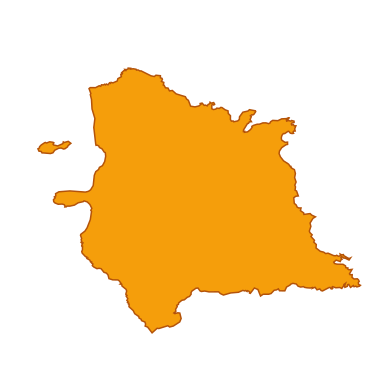 the district of Ende, Nusa Tenggara Timur, Indonesia, rotated 74°
{"feature_id": "22746128B46201528673681", "entity_name": "Ende", "entity_type": "district", "adm_level": 2, "iso_a3": "IDN", "parent_name": "Indonesia", "parent_adm1": "Nusa Tenggara Timur", "projection": "equal_earth", "projection_center": [121.742, -8.674], "detail": "fine", "context": "isolated", "style": "filled", "palette": "amber", "viewbox_px": 384, "rotation_deg": 74, "n_neighbors": 0, "source": "geoboundaries", "source_scale": "gbopen_adm2", "svg_char_len": 5954}
<svg xmlns="http://www.w3.org/2000/svg" viewBox="0 0 384 384"><g transform="rotate(74 192 192)"><path d="M320.5,98.8L320.4,95.9L322.4,95.0L323.1,93.8L321.6,86.5L321.9,85.5L323.4,85.0L323.8,84.1L323.4,83.3L322.1,83.7L321.7,82.9L323.7,80.2L324.5,76.3L326.0,74.6L323.8,71.9L322.8,71.5L322.1,69.6L324.6,71.4L325.8,71.3L325.5,68.7L324.0,67.8L324.0,66.8L327.4,65.9L326.4,62.7L327.7,62.4L327.7,60.4L328.7,59.7L328.7,57.0L328.1,55.8L326.7,57.4L324.7,57.0L324.0,55.9L322.3,56.2L321.0,57.0L320.3,60.2L318.2,61.7L315.6,60.8L315.1,62.8L314.1,63.2L310.5,59.5L310.0,62.6L308.8,63.6L308.0,63.1L307.1,65.0L305.3,64.8L303.1,66.8L301.3,72.6L300.0,74.7L298.5,75.1L297.2,72.2L299.7,68.7L298.3,67.5L298.0,66.3L296.2,67.0L295.5,65.8L297.5,64.2L297.7,63.2L300.7,59.8L299.1,57.9L299.3,59.1L298.4,60.4L294.9,63.7L293.9,63.7L293.6,65.6L292.5,66.7L294.2,66.8L294.1,69.0L292.7,70.3L292.9,71.4L292.3,73.2L288.3,78.1L288.0,80.5L286.1,82.0L284.4,85.0L280.0,88.2L276.7,87.0L273.7,88.8L272.2,87.6L267.6,89.9L266.3,88.3L263.4,89.9L261.9,90.0L257.8,87.2L254.4,87.1L250.7,83.0L249.9,80.2L247.2,83.3L245.3,84.4L244.4,90.6L242.9,90.4L239.8,92.9L237.4,91.6L236.7,93.9L235.5,95.1L233.2,95.4L231.1,96.8L225.6,95.8L224.7,93.4L225.1,90.9L219.9,91.2L218.6,92.4L215.6,91.1L213.8,91.3L211.1,89.2L206.5,89.4L202.7,87.5L198.7,87.4L196.7,89.5L193.9,90.1L196.5,89.8L191.8,91.5L187.3,95.4L182.6,97.3L179.0,97.7L176.7,96.6L174.1,93.5L172.5,88.7L172.6,87.0L170.4,86.4L169.9,88.9L166.8,91.5L164.7,91.3L162.4,90.0L161.0,88.1L161.4,86.7L160.2,83.2L160.3,82.3L162.5,81.3L163.4,79.7L163.6,78.2L162.3,78.4L161.5,77.4L161.8,76.0L159.7,75.9L157.0,73.9L156.6,75.5L155.2,76.0L155.1,77.6L154.0,77.8L153.3,77.1L153.3,74.7L152.0,74.4L150.7,76.6L151.1,77.5L149.9,79.6L149.9,81.5L148.7,81.4L148.3,78.9L147.5,78.2L147.2,78.8L147.5,80.9L146.4,85.6L147.1,89.8L145.4,94.7L146.2,97.2L147.2,98.0L147.4,99.5L145.9,101.9L145.1,104.9L145.4,108.4L144.8,110.8L144.9,114.5L145.4,116.4L146.4,116.4L148.1,118.5L149.5,122.0L149.1,125.1L148.2,124.7L148.0,125.9L146.6,125.4L141.5,119.8L141.6,118.8L140.4,117.5L140.8,115.5L138.4,116.2L135.9,114.2L134.9,114.9L134.2,113.2L134.7,112.4L134.4,111.1L132.3,108.6L131.4,108.7L128.7,114.1L129.6,115.9L129.3,121.1L132.8,125.6L135.3,126.5L136.3,128.5L136.0,132.5L135.1,132.8L134.7,134.6L132.9,135.1L129.3,134.0L126.5,135.5L123.9,135.0L122.3,137.3L119.1,139.9L118.6,141.0L119.2,142.7L118.2,145.1L118.9,146.4L118.6,148.8L117.4,150.0L113.9,149.0L113.6,148.0L114.4,147.1L113.9,146.0L112.0,146.5L111.9,149.0L110.7,149.9L112.0,150.6L112.3,152.4L113.4,153.6L112.2,155.1L112.1,156.4L109.3,157.8L109.2,159.6L110.1,159.2L111.2,161.7L111.0,165.7L109.1,169.7L102.9,170.2L101.1,171.6L98.6,172.1L93.3,180.2L89.0,182.9L88.6,185.8L85.5,186.4L84.5,188.8L81.7,189.4L81.3,190.1L78.9,188.9L77.3,190.9L75.6,189.4L74.5,189.5L73.5,190.9L71.5,190.3L69.8,194.5L70.6,196.4L69.0,199.4L61.5,207.6L61.3,208.7L59.8,210.2L59.5,211.8L58.6,211.9L57.3,214.6L56.9,217.3L56.2,216.8L55.3,219.2L56.0,219.4L56.3,221.2L55.7,222.7L56.9,222.3L56.5,223.9L57.9,226.7L58.8,226.2L59.5,227.0L59.1,227.6L59.5,228.1L61.7,228.1L62.6,232.0L64.7,233.3L65.3,238.0L64.3,239.6L65.1,240.5L64.3,241.2L65.8,243.2L64.6,244.6L65.2,245.6L64.3,246.3L64.7,247.5L64.0,249.5L65.2,250.6L64.3,251.9L65.1,256.0L63.6,261.1L64.2,262.5L69.5,262.1L70.3,262.9L75.3,263.1L84.6,265.2L94.6,265.1L102.9,268.6L119.1,271.3L120.7,271.4L120.8,270.3L122.0,269.0L123.7,268.7L125.7,266.6L129.4,265.4L130.2,264.5L133.8,265.1L138.6,267.5L142.0,270.8L142.8,274.2L144.6,275.6L145.9,278.9L149.0,281.3L158.6,285.2L162.0,288.9L162.8,291.4L162.7,294.5L157.3,309.1L155.1,319.9L156.0,323.6L158.2,324.0L158.8,325.7L159.9,325.1L161.2,327.3L163.2,327.6L164.7,326.8L166.9,324.0L167.8,320.1L169.0,318.3L170.4,317.9L171.3,318.4L171.6,316.9L171.1,316.1L171.9,313.3L172.2,308.6L171.0,304.4L171.3,299.2L170.8,298.2L172.7,295.4L175.8,293.6L180.1,292.8L181.7,294.3L182.9,293.9L190.6,297.4L197.5,302.7L200.1,305.7L202.0,310.5L202.8,311.1L206.3,310.9L207.3,311.7L209.5,311.6L209.7,312.5L210.8,312.0L211.0,311.0L212.8,312.7L213.9,312.8L214.0,312.2L217.5,313.3L218.8,314.4L220.5,314.4L224.8,312.2L225.4,311.1L226.4,311.4L226.7,310.5L227.3,311.0L229.3,309.0L231.3,308.8L231.5,307.8L232.6,308.1L233.9,307.1L235.3,308.1L237.0,307.1L239.5,304.5L239.7,302.4L240.7,300.5L244.9,298.8L246.4,296.6L248.6,295.6L252.4,295.7L254.6,292.4L256.1,287.5L257.4,286.4L260.3,285.4L260.7,286.4L261.4,285.0L263.1,285.2L267.4,282.2L269.2,282.1L272.0,283.8L273.5,283.0L273.9,284.0L276.8,283.1L278.3,284.5L279.5,283.7L280.4,284.5L281.4,283.5L282.1,284.0L282.7,283.4L284.9,284.2L289.8,281.2L293.2,280.6L297.0,277.5L298.6,277.6L300.4,275.9L301.7,276.0L304.0,273.1L306.1,273.0L308.0,274.0L309.6,271.9L316.4,269.2L313.4,263.1L314.1,261.5L313.9,252.1L315.6,250.7L315.7,246.9L313.5,239.6L310.6,237.3L305.0,237.1L304.2,239.0L304.2,242.0L303.3,242.8L302.4,240.5L300.1,240.0L298.1,237.8L296.7,237.8L296.3,236.0L294.9,235.4L293.3,231.6L293.5,229.0L291.9,225.5L291.7,223.2L290.0,221.0L288.5,220.7L287.2,219.4L285.6,214.7L286.0,212.7L289.2,211.6L290.2,210.5L290.7,207.1L292.7,203.2L295.3,193.9L297.4,192.8L299.7,190.2L299.7,182.6L301.2,175.0L300.6,170.3L301.6,168.6L301.4,167.8L302.8,166.5L302.1,166.0L302.8,165.0L303.8,164.2L305.0,164.6L305.5,163.9L301.5,158.5L303.9,155.5L310.9,154.8L309.9,151.8L311.4,146.5L311.4,144.0L309.1,140.1L309.4,137.7L308.9,135.7L311.1,135.1L312.6,130.0L309.4,127.3L308.5,123.5L307.8,122.4L307.6,120.2L309.2,117.1L311.8,116.0L313.3,113.8L313.7,110.9L314.7,110.1L315.8,107.8L316.9,104.8L317.0,102.3L317.4,101.8L317.7,102.2L317.5,100.0L320.5,98.8ZM113.3,298.4L111.8,295.0L109.2,297.0L109.2,301.1L108.4,301.9L109.9,302.8L110.7,308.4L108.7,312.0L107.7,312.4L106.7,311.2L105.9,311.9L104.5,315.0L104.8,318.4L103.9,319.4L104.1,320.4L105.2,323.9L106.4,326.0L107.6,326.5L108.0,328.2L110.5,327.9L111.5,325.8L113.1,325.4L113.8,323.1L113.5,322.8L113.9,323.0L116.0,317.5L116.0,314.9L114.0,312.4L113.2,308.0L113.7,305.6L115.3,303.6L115.4,302.1L114.3,299.2L113.3,298.4Z" fill="#f59e0b" stroke="#b45309" stroke-width="1.5"/></g></svg>